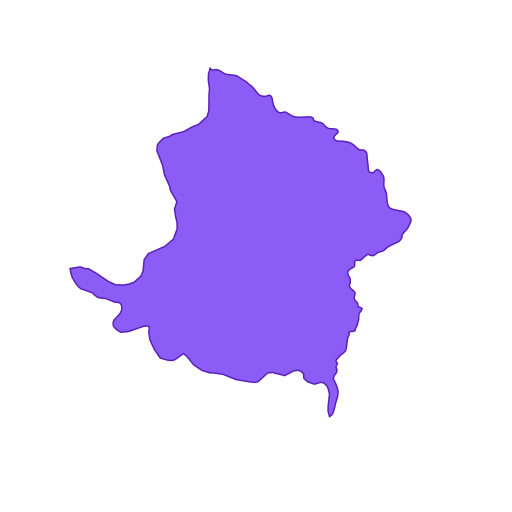 outline of Granados, Baja Verapaz, Guatemala, rotated 226°
{"feature_id": "79465075B60020502053438", "entity_name": "Granados", "entity_type": "district", "adm_level": 2, "iso_a3": "GTM", "parent_name": "Guatemala", "parent_adm1": "Baja Verapaz", "projection": "albers", "projection_center": [-90.583, 14.941], "detail": "fine", "context": "isolated", "style": "filled", "palette": "violet", "viewbox_px": 512, "rotation_deg": 226, "n_neighbors": 0, "source": "geoboundaries", "source_scale": "gbopen_adm2", "svg_char_len": 4971}
<svg xmlns="http://www.w3.org/2000/svg" viewBox="0 0 512 512"><g transform="rotate(226 256 256)"><path d="M422.9,353.4L419.8,348.1L415.8,344.0L408.7,338.8L405.3,334.9L393.3,323.0L390.3,317.8L390.6,305.9L392.9,300.8L395.7,290.3L401.7,279.8L401.9,277.5L405.1,271.1L404.9,264.2L404.0,261.7L400.5,257.8L386.1,251.8L378.1,246.6L366.4,242.4L362.7,240.1L350.0,236.8L346.4,230.0L339.5,225.1L335.1,222.6L330.3,218.1L325.5,208.3L326.2,197.2L332.5,180.2L331.0,172.9L323.7,164.4L321.5,159.3L321.8,150.1L324.1,145.0L327.0,140.7L332.7,135.1L340.2,132.1L355.1,129.0L363.4,126.6L365.9,124.1L370.2,122.1L376.1,113.6L372.6,111.1L368.6,109.1L363.8,107.8L359.1,107.1L356.8,106.9L354.0,107.3L348.1,110.3L343.3,112.7L339.8,112.8L335.6,113.6L329.5,118.5L320.9,122.4L318.8,124.2L317.2,125.3L315.7,125.4L314.0,125.0L312.0,123.5L310.1,121.3L308.9,117.4L308.6,109.5L307.4,107.0L304.9,104.9L301.7,104.5L298.6,104.8L295.0,105.8L290.8,111.1L289.6,113.1L283.5,126.4L280.7,129.8L278.7,129.6L275.6,125.9L270.0,121.8L265.3,120.0L259.0,117.9L249.2,116.2L244.8,118.7L242.2,120.3L240.1,122.1L238.7,123.5L237.7,125.8L236.2,136.0L231.7,136.5L220.8,135.6L211.3,137.6L203.9,141.7L201.5,144.1L193.8,150.1L181.1,155.7L169.6,164.2L165.7,167.5L164.1,170.4L163.8,183.1L160.3,187.5L158.5,188.1L156.6,189.5L150.0,193.6L147.3,202.9L144.8,206.7L142.3,208.1L138.3,208.5L134.9,205.5L129.7,205.7L123.3,208.9L119.9,215.2L117.2,216.6L112.7,216.7L109.6,215.3L105.7,213.0L98.3,204.1L94.3,200.0L89.4,197.3L89.1,199.3L89.2,200.9L89.5,202.0L90.1,203.4L92.2,207.1L92.9,208.1L93.6,209.2L94.5,210.5L98.2,217.0L101.1,220.5L102.4,221.6L104.1,222.6L107.6,224.2L110.7,225.3L114.0,226.4L114.7,227.2L115.3,228.6L115.8,230.6L116.4,233.4L117.8,235.1L118.9,235.7L120.1,236.1L121.4,237.7L121.8,239.7L123.2,240.2L125.4,240.6L125.6,242.2L125.8,246.4L125.9,247.6L125.8,249.2L125.5,251.6L125.5,253.6L125.8,254.9L127.5,257.6L133.1,264.6L133.6,265.5L134.1,267.0L134.8,268.6L136.5,269.6L136.2,271.1L133.9,274.2L133.5,275.4L134.4,276.7L135.1,278.3L135.4,279.3L136.0,281.0L137.0,282.4L137.6,283.3L138.2,284.4L139.0,285.7L139.7,286.5L141.8,288.6L142.5,289.5L143.1,290.4L143.3,292.1L143.4,293.6L144.4,295.7L145.6,295.6L147.3,295.0L148.5,294.4L149.7,295.0L150.7,295.9L151.9,296.4L153.0,296.4L155.1,296.5L156.4,296.7L157.9,297.8L159.7,300.7L160.9,301.7L162.5,302.0L165.5,301.7L166.5,301.6L168.1,301.8L169.2,302.2L170.3,303.0L170.7,304.1L171.4,305.4L172.7,306.6L173.6,307.5L175.3,308.4L176.9,308.6L178.2,309.1L179.7,310.0L180.6,310.8L181.2,312.0L181.2,314.0L181.1,315.6L180.5,316.8L180.1,318.7L180.5,320.3L181.6,321.4L183.0,322.7L183.7,323.9L183.3,325.2L182.6,326.0L181.6,326.7L180.4,327.9L180.2,329.5L180.0,334.9L179.5,337.7L178.5,338.2L176.7,339.0L175.3,340.0L174.5,341.1L174.3,342.6L174.1,344.7L173.9,345.8L173.5,347.0L172.5,348.7L171.9,350.0L171.3,351.2L171.0,356.1L170.9,357.1L170.0,360.6L168.3,365.4L167.5,367.6L167.2,368.7L167.2,371.1L168.0,374.0L169.2,375.2L169.9,376.7L170.1,377.8L170.2,379.3L170.3,381.8L170.5,383.7L171.0,385.5L171.8,387.8L172.7,390.3L173.9,392.2L175.2,393.2L176.1,393.6L177.8,393.9L178.9,394.0L180.3,394.1L181.4,394.0L183.4,393.8L185.5,393.0L189.0,390.6L190.7,389.4L192.2,388.3L193.5,387.6L194.6,386.8L195.9,386.2L197.5,385.7L199.1,385.6L201.6,386.5L203.8,388.0L206.9,390.4L210.4,393.3L211.3,393.8L212.6,394.3L214.0,394.9L215.0,395.2L216.5,395.9L217.6,396.7L218.5,397.4L219.9,398.9L221.3,400.3L222.3,401.4L223.5,402.3L225.2,403.2L228.4,403.8L229.9,404.1L231.6,404.1L233.3,403.8L234.2,403.0L234.5,401.2L234.4,400.0L234.5,398.5L235.3,397.3L236.4,396.4L237.7,395.8L239.2,396.3L240.4,397.1L243.9,400.0L247.9,402.9L251.6,406.0L252.7,406.9L254.0,407.4L255.2,407.5L256.7,407.4L258.2,406.5L259.2,405.5L260.1,404.4L262.0,403.8L263.7,403.7L266.9,403.5L269.2,403.2L272.4,402.2L274.1,401.3L276.0,399.9L277.4,398.9L278.3,398.1L281.3,395.2L282.2,394.4L284.4,393.5L286.0,393.5L287.2,394.1L287.9,396.3L287.9,397.9L287.8,400.0L288.1,401.1L288.9,401.8L290.2,402.0L291.5,401.8L293.8,399.9L296.7,397.2L298.1,396.5L299.3,396.2L300.5,396.0L301.9,395.9L303.5,396.0L304.9,396.0L306.9,395.3L308.2,394.4L309.8,393.4L311.1,392.6L312.4,391.9L313.7,391.8L315.0,392.6L316.0,392.8L317.5,392.3L319.4,390.7L324.1,385.3L325.0,384.3L325.8,383.4L326.6,382.7L328.2,381.3L329.3,380.5L330.2,379.9L332.4,379.0L333.8,378.7L335.0,378.4L336.4,378.0L338.8,377.4L340.2,375.9L341.2,374.2L341.9,373.2L343.4,372.1L345.3,371.9L346.7,371.9L348.2,372.1L349.5,372.4L351.3,373.0L353.6,374.0L355.5,375.2L356.6,376.0L357.5,376.7L358.7,377.3L360.1,377.8L361.2,377.8L362.4,377.3L363.5,375.1L364.3,373.7L365.8,372.2L366.9,371.4L368.5,370.6L369.6,370.3L371.1,370.2L373.1,370.3L376.5,370.6L378.5,370.8L379.8,370.9L381.5,370.8L383.1,370.4L385.8,370.2L388.2,370.0L390.1,369.5L392.6,368.8L396.3,368.0L398.3,367.5L399.4,367.1L401.6,365.5L403.4,364.0L405.4,362.3L406.8,361.3L407.8,360.7L408.9,360.1L410.0,359.7L411.5,359.4L413.8,358.8L415.7,358.2L416.6,357.7L417.5,357.0L418.4,356.1L419.1,354.9L419.8,353.9L420.8,353.5L422.9,353.4Z" fill="#8b5cf6" stroke="#5b21b6" stroke-width="1.5"/></g></svg>